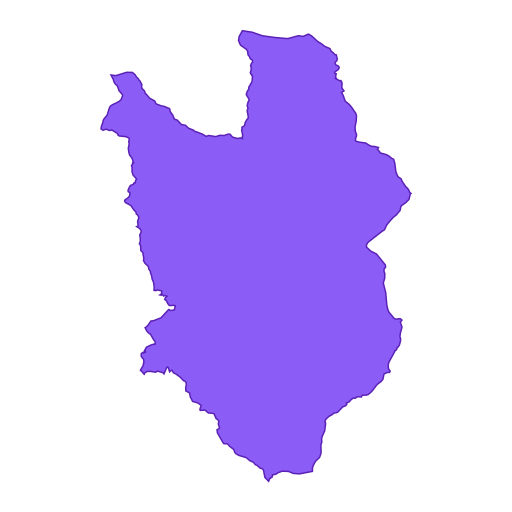 Blajeni, Hunedoara, Romania
{"feature_id": "2599482B17947676185941", "entity_name": "Blajeni", "entity_type": "district", "adm_level": 2, "iso_a3": "ROU", "parent_name": "Romania", "parent_adm1": "Hunedoara", "projection": "equal_earth", "projection_center": [22.889, 46.263], "detail": "fine", "context": "isolated", "style": "filled", "palette": "violet", "viewbox_px": 512, "rotation_deg": 0, "n_neighbors": 0, "source": "geoboundaries", "source_scale": "gbopen_adm2", "svg_char_len": 6024}
<svg xmlns="http://www.w3.org/2000/svg" viewBox="0 0 512 512"><path d="M400.5,341.0L400.6,338.7L399.9,336.7L400.4,333.1L402.0,327.0L400.3,322.2L401.9,320.3L401.8,319.9L400.4,318.8L398.6,318.7L396.9,319.2L394.4,318.7L388.9,312.1L387.9,309.7L386.9,305.7L385.7,292.6L383.3,283.0L384.7,278.3L384.8,273.5L384.0,271.3L384.1,269.1L385.6,267.1L385.3,264.9L376.5,254.0L370.6,251.0L366.5,247.1L366.5,245.2L367.0,243.7L368.4,242.0L381.8,231.5L384.5,229.8L386.6,225.2L389.1,222.0L393.2,217.4L396.4,214.9L400.1,210.4L400.9,206.5L401.6,205.6L405.9,202.5L409.0,199.4L410.3,193.9L411.0,193.4L409.7,192.4L408.9,190.3L407.4,188.1L406.0,187.0L402.4,181.8L401.0,178.7L398.2,176.9L397.6,176.0L395.9,171.9L394.8,163.2L393.6,159.2L391.9,158.5L389.3,156.3L386.6,154.7L380.5,153.0L377.5,149.2L378.5,147.5L374.1,146.4L371.8,146.4L369.2,145.3L365.7,143.0L359.7,142.2L356.1,141.3L355.4,140.3L355.7,138.0L356.5,135.9L356.5,134.3L355.4,131.5L355.0,127.1L356.2,121.1L356.5,115.8L355.8,113.4L351.5,107.1L349.3,104.5L345.2,101.1L343.0,95.0L341.5,92.5L344.0,90.9L341.8,87.9L342.1,83.0L340.9,80.6L340.2,81.0L335.7,78.6L336.3,78.3L335.5,77.0L336.2,73.8L335.3,73.8L334.6,72.2L338.3,69.5L339.1,68.0L339.0,66.7L337.7,65.6L336.3,65.3L335.0,63.4L335.2,62.3L336.7,60.9L337.3,59.2L336.3,54.9L334.7,54.5L333.5,53.0L331.1,51.1L329.9,48.6L324.2,46.1L322.5,44.5L317.6,41.4L311.2,35.6L308.4,34.1L303.1,36.4L298.5,35.7L287.7,38.6L275.1,37.5L262.6,35.8L252.1,32.2L242.4,30.7L239.2,36.4L238.5,40.4L240.1,44.4L240.8,45.4L246.5,49.4L248.0,52.1L247.7,52.8L248.3,55.4L249.4,56.4L250.3,58.8L252.2,60.0L252.6,61.4L252.6,62.2L251.4,63.4L250.6,65.6L251.3,68.2L251.0,69.5L251.2,70.2L250.3,72.3L250.7,73.9L251.7,74.5L251.7,75.3L252.5,76.3L252.1,81.1L251.5,82.8L250.3,84.2L250.3,85.1L248.9,86.8L248.7,89.2L247.3,91.2L246.3,94.2L246.5,95.1L249.2,99.4L247.7,103.2L247.2,105.7L248.0,108.2L247.1,110.7L248.0,115.1L248.3,118.0L246.8,119.7L245.1,122.7L244.7,125.4L243.9,126.2L242.1,127.0L241.9,127.6L242.0,129.1L241.6,130.1L242.7,135.1L242.3,136.9L242.4,138.5L240.5,137.9L237.5,138.5L233.2,137.3L232.3,136.9L230.1,134.3L229.5,134.1L227.7,134.2L224.3,135.5L219.9,135.3L215.8,136.6L208.7,135.5L206.1,136.4L202.6,134.2L196.7,131.9L195.3,131.7L193.4,130.1L188.5,128.2L185.5,125.3L181.4,124.5L177.4,120.2L174.4,119.1L172.7,115.0L170.1,111.4L169.8,109.1L169.3,108.5L164.2,106.4L161.1,105.8L156.0,103.8L154.7,100.9L149.7,98.3L146.4,94.3L145.3,93.5L144.6,91.1L141.9,88.3L141.6,86.2L141.9,84.7L140.0,81.0L139.3,80.5L138.3,78.7L136.7,77.3L135.1,74.7L132.4,72.4L126.6,72.3L115.9,75.6L111.0,75.0L113.1,79.0L114.2,82.3L115.4,84.1L117.4,86.0L119.1,90.8L122.4,94.6L122.6,95.7L121.2,99.4L119.2,101.4L112.1,104.9L110.2,106.3L109.1,108.6L107.2,115.0L104.0,118.9L103.2,120.5L102.8,122.6L101.5,126.0L101.0,128.9L103.0,130.2L106.2,129.2L109.5,130.5L112.0,130.1L117.0,133.2L117.9,134.3L118.0,135.1L119.4,136.0L125.6,136.6L128.6,137.8L129.3,138.8L128.7,142.0L129.2,143.5L128.3,148.4L128.9,152.6L129.7,155.3L131.3,157.1L132.6,159.6L133.2,161.8L132.9,162.2L133.6,162.6L133.4,163.1L132.6,163.3L132.4,164.5L131.5,165.4L132.1,167.6L132.0,171.6L133.1,175.1L136.6,179.0L135.5,180.7L135.3,182.8L133.9,183.0L133.2,184.4L130.8,185.3L129.8,186.3L128.1,190.0L128.2,191.7L129.9,192.6L129.7,195.8L127.8,198.0L125.3,199.6L124.7,200.3L124.7,201.2L125.4,202.5L130.8,205.5L133.9,210.0L135.5,211.5L136.1,212.4L136.2,213.8L137.5,214.9L138.9,217.4L137.6,221.4L138.1,225.3L137.9,226.1L136.7,226.6L139.8,228.6L141.2,230.8L141.1,232.2L139.7,235.1L140.2,237.9L140.3,241.1L139.4,243.9L140.6,245.6L140.8,250.5L143.0,252.8L143.0,254.8L143.4,255.7L143.8,259.2L143.4,260.4L145.0,263.3L148.2,266.3L148.5,267.0L148.8,269.2L149.7,270.2L150.5,271.9L150.5,272.9L151.6,275.8L152.2,279.3L153.5,282.2L154.2,287.1L154.0,290.4L156.3,290.6L157.2,289.9L161.7,291.0L161.8,291.8L161.2,294.2L160.0,294.9L161.4,295.2L162.4,294.4L163.5,296.0L165.1,295.6L167.0,296.2L165.2,298.1L164.7,299.4L166.8,301.1L167.2,302.7L169.1,305.3L170.3,305.6L173.4,305.3L175.3,305.8L174.3,310.0L170.2,310.5L169.0,309.5L168.6,309.6L161.0,317.8L153.3,320.8L150.9,321.0L148.3,324.8L146.6,326.7L145.1,327.7L147.0,331.4L149.4,333.7L150.5,334.2L153.4,339.4L155.1,341.6L155.3,342.6L155.2,344.2L154.4,344.0L150.7,345.1L146.4,347.2L144.5,350.7L145.4,351.0L145.3,352.3L144.8,352.5L144.0,352.0L143.5,352.8L142.6,352.5L141.2,353.8L141.3,356.6L143.5,359.2L143.9,361.7L143.0,365.8L140.4,370.3L142.4,372.0L143.7,373.9L144.1,374.1L144.0,373.6L146.9,371.5L150.6,371.4L155.7,372.2L157.5,371.1L163.0,372.7L164.0,373.9L166.7,367.6L167.5,367.1L168.1,367.4L168.6,368.5L169.6,371.8L170.7,370.7L172.2,370.4L173.3,372.7L175.9,374.0L180.3,377.2L183.5,380.7L185.0,381.1L186.2,382.9L186.3,384.8L185.7,387.6L185.8,390.9L189.6,393.0L190.3,396.9L192.6,401.4L197.9,403.0L201.3,405.5L200.2,408.2L199.9,409.7L200.3,410.4L205.0,410.1L208.4,413.0L212.2,413.2L214.3,413.9L214.7,415.7L215.7,416.8L215.6,417.6L216.0,418.4L218.2,420.1L218.8,421.5L218.3,424.1L219.5,427.8L219.0,428.7L217.0,429.7L217.4,432.8L223.1,442.8L224.0,443.7L226.9,443.8L227.9,444.3L229.6,446.3L233.3,449.1L234.2,450.4L234.8,452.4L236.0,453.7L238.6,455.3L246.4,457.7L249.7,460.6L253.6,462.4L255.2,464.6L256.7,465.1L260.0,468.0L262.9,469.1L263.5,470.3L264.9,477.4L268.6,481.3L269.9,478.4L270.8,478.0L271.1,477.4L271.9,477.4L272.5,476.0L272.4,474.8L275.7,474.3L277.9,472.8L282.1,471.2L288.4,471.4L293.2,473.4L299.4,473.9L312.4,471.4L312.5,467.5L313.5,465.0L315.5,461.3L319.5,457.5L320.6,454.5L321.1,452.6L320.9,444.9L321.8,442.2L321.6,438.5L322.3,436.2L324.7,430.8L325.6,423.6L325.5,422.7L324.8,421.9L325.9,419.2L329.0,416.3L332.2,414.6L334.1,413.0L336.4,412.7L337.9,412.0L342.6,407.0L345.9,405.6L346.8,404.1L346.4,403.0L349.3,401.8L350.7,400.0L353.2,398.1L355.5,398.2L356.0,397.5L357.9,396.7L361.3,397.0L362.4,395.2L366.5,395.1L368.4,394.4L371.8,391.4L377.1,384.5L381.1,381.5L382.9,379.3L384.0,374.0L387.2,372.5L389.4,372.4L390.1,371.6L390.0,370.8L388.7,369.1L388.3,367.3L388.2,364.9L389.0,362.0L394.7,351.6L394.5,351.1L396.2,350.0L396.8,349.0L396.7,348.2L398.4,346.7L399.4,345.0L400.5,341.0Z" fill="#8b5cf6" stroke="#5b21b6" stroke-width="1.5"/></svg>